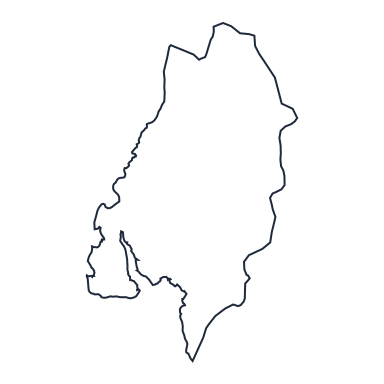 outline of Ndian, Sud-Ouest, Cameroon
{"feature_id": "32672807B48556267066765", "entity_name": "Ndian", "entity_type": "district", "adm_level": 2, "iso_a3": "CMR", "parent_name": "Cameroon", "parent_adm1": "Sud-Ouest", "projection": "natural_earth1", "projection_center": [8.796, 4.86], "detail": "fine", "context": "isolated", "style": "outline", "palette": "slate", "viewbox_px": 384, "rotation_deg": 0, "n_neighbors": 0, "source": "geoboundaries", "source_scale": "gbopen_adm2", "svg_char_len": 4026}
<svg xmlns="http://www.w3.org/2000/svg" viewBox="0 0 384 384"><path d="M203.2,337.7L206.1,328.3L208.3,325.0L215.2,316.1L222.7,310.4L225.3,308.5L233.1,304.5L238.1,306.1L240.7,305.1L243.6,301.7L244.8,298.6L245.0,290.4L245.2,283.5L246.8,281.8L249.7,278.4L248.2,275.6L246.5,274.8L244.4,269.5L244.2,265.8L244.0,261.8L248.9,255.2L262.2,249.0L270.2,242.5L271.8,232.0L273.5,225.2L274.2,222.4L275.4,216.9L272.7,209.2L272.1,206.2L271.6,204.0L270.0,197.9L272.6,193.5L275.7,192.2L281.5,189.3L284.6,185.0L284.5,179.2L284.4,175.7L283.3,170.4L281.1,166.3L280.4,159.7L280.8,153.3L280.6,145.4L279.4,137.9L280.7,130.8L285.4,126.4L291.1,124.2L294.7,121.5L297.2,118.0L292.7,108.8L281.7,103.6L274.9,77.6L264.0,61.0L259.2,53.9L255.1,46.0L254.4,35.7L249.0,34.1L240.1,33.3L233.7,28.2L231.2,26.2L224.3,23.5L223.1,23.0L213.6,26.7L213.8,31.8L212.7,36.7L210.8,39.5L206.2,54.6L205.1,57.1L200.8,58.7L199.1,59.7L193.7,54.6L170.8,45.2L169.3,46.9L167.0,58.5L165.6,64.0L163.8,71.8L164.6,79.4L164.4,84.7L164.3,87.6L164.7,92.3L164.4,98.9L164.3,101.4L161.9,105.1L160.5,108.7L158.8,111.2L158.4,112.2L157.9,113.9L156.9,116.7L154.4,120.4L152.2,122.2L147.1,123.9L146.7,124.5L147.0,126.2L146.8,127.7L145.1,128.6L144.0,130.3L141.6,132.4L140.4,136.8L139.3,138.2L138.7,140.2L139.2,142.5L138.7,143.2L136.7,144.3L137.2,146.3L136.8,147.3L136.6,147.4L135.8,147.6L132.0,152.0L132.1,153.0L132.6,153.5L134.9,153.9L136.1,155.6L136.0,155.8L135.7,156.6L134.7,156.5L134.0,157.5L133.0,157.5L132.2,158.2L131.9,160.2L129.2,162.4L128.4,163.8L129.1,165.2L128.6,166.3L126.3,168.2L124.7,168.1L124.2,169.6L124.2,170.8L125.4,174.1L125.0,176.1L124.2,177.4L119.1,178.1L117.4,179.4L115.5,182.7L114.2,183.7L113.4,185.1L113.1,187.0L113.3,189.4L114.5,191.3L118.0,194.6L119.2,197.1L119.3,201.5L115.7,204.0L111.8,207.1L109.9,208.1L107.7,208.2L105.6,207.0L104.6,204.4L103.0,203.8L101.6,204.3L99.1,207.3L99.0,207.5L97.5,210.6L95.6,217.9L94.3,222.5L94.7,229.3L97.6,228.7L98.3,228.4L98.7,227.8L99.3,226.9L100.6,227.7L100.4,228.9L100.1,230.8L100.7,232.9L101.9,235.2L103.9,237.9L104.2,239.5L103.3,239.7L101.9,239.4L101.7,240.0L102.1,240.7L101.8,241.7L101.0,241.5L100.5,242.0L99.7,244.8L99.5,245.5L98.4,246.7L97.2,247.4L93.6,247.0L92.0,246.4L92.2,249.0L91.5,252.4L90.0,254.6L88.7,257.4L87.8,261.0L90.9,266.1L91.6,267.9L92.4,268.2L94.2,270.9L94.1,271.8L94.5,272.8L93.7,274.9L94.1,275.9L92.7,275.9L92.3,276.9L91.3,276.0L88.2,276.3L86.9,275.4L86.8,276.5L87.7,278.7L88.7,290.2L89.6,291.9L91.3,293.3L92.0,293.5L93.8,293.8L94.5,294.4L98.5,294.2L100.9,296.0L101.3,297.1L103.7,297.8L106.2,297.6L110.6,296.3L112.6,296.7L116.6,296.4L120.1,297.2L126.0,297.2L129.7,298.3L130.2,298.3L132.1,298.0L134.3,297.3L136.3,296.1L139.5,291.3L139.7,290.4L138.8,289.5L137.1,290.1L137.1,289.4L137.7,288.8L137.2,286.3L137.3,285.2L133.8,281.0L132.6,280.8L131.0,280.0L130.2,280.1L130.0,276.5L129.1,275.9L128.1,274.3L128.3,273.5L127.4,269.4L127.5,266.6L127.1,259.0L125.4,249.6L124.1,246.6L120.8,241.9L120.2,240.9L120.9,236.2L120.4,234.3L120.9,233.7L121.1,231.4L122.9,232.2L123.4,237.6L124.4,240.9L125.8,242.4L127.2,242.4L126.9,243.6L127.3,244.2L129.9,245.7L130.4,246.8L131.7,249.4L131.1,250.8L133.9,254.8L134.8,257.7L137.6,259.8L135.8,259.7L135.6,260.2L136.6,266.3L137.6,269.2L137.4,270.0L136.8,270.4L138.2,271.2L140.9,274.4L143.7,276.0L145.5,276.3L146.5,276.9L147.8,278.5L148.7,279.1L152.8,285.0L155.1,284.6L156.0,283.8L157.4,283.6L158.9,281.9L160.1,281.1L160.7,280.0L160.4,278.6L163.3,277.0L166.3,276.9L167.6,278.2L167.9,279.6L168.7,278.7L170.1,278.8L170.5,279.3L169.4,279.6L169.3,280.5L170.2,283.0L173.5,284.9L174.5,286.1L175.4,286.3L177.1,284.5L180.2,287.3L181.6,290.3L184.1,291.5L184.4,291.2L186.5,294.0L183.3,299.0L182.3,299.0L182.2,300.2L182.9,302.8L184.5,304.1L185.0,305.3L183.1,305.7L181.7,306.6L180.0,308.7L179.9,311.7L180.4,313.3L181.2,314.0L180.8,314.7L180.1,315.8L180.5,318.3L182.1,322.0L182.8,326.5L182.6,330.0L182.8,331.5L184.2,335.2L185.0,338.7L186.9,342.2L187.4,344.0L186.6,347.9L186.1,350.5L186.2,352.1L187.0,353.0L188.4,353.6L190.4,358.2L192.6,361.0L203.2,337.7Z" fill="none" stroke="#1e293b" stroke-width="2"/></svg>